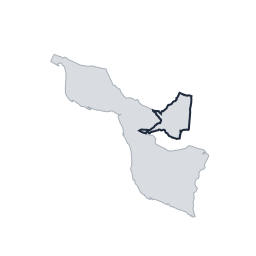 location of Tete within Mozambique, rotated 115°
{"feature_id": "MOZ-1190", "entity_name": "Tete", "entity_type": "Province", "adm_level": 1, "iso_a3": "MOZ", "parent_name": "Mozambique", "parent_adm1": "", "projection": "robinson", "projection_center": [33.352, -15.869], "detail": "medium", "context": "in_parent", "style": "outline", "palette": "slate", "viewbox_px": 256, "rotation_deg": 115, "n_neighbors": 0, "source": "natural_earth", "source_scale": "10m", "svg_char_len": 5283}
<svg xmlns="http://www.w3.org/2000/svg" viewBox="0 0 256 256"><g transform="rotate(115 128 128)"><path d="M83.8,172.8L85.2,171.6L95.0,160.0L95.6,159.6L94.8,157.7L96.1,155.4L96.2,151.9L96.6,151.4L98.1,150.2L100.1,146.6L101.4,143.8L101.6,142.5L99.7,138.7L99.2,136.7L99.7,134.9L99.9,133.3L99.7,132.7L98.5,132.1L98.4,131.3L98.4,130.5L98.6,130.0L100.0,129.2L100.3,128.8L101.4,124.4L101.0,121.0L101.0,117.2L101.3,113.3L101.2,111.1L100.3,108.5L100.2,106.7L100.8,105.4L100.9,104.6L98.8,104.2L97.7,103.1L93.6,101.5L90.4,101.2L87.7,98.6L85.7,98.2L83.0,96.4L74.7,96.0L74.4,95.8L74.0,90.1L73.7,88.3L72.7,86.3L72.4,84.9L72.4,84.0L77.1,81.9L86.1,79.0L88.1,78.0L103.6,72.3L104.0,72.6L105.6,75.6L108.1,78.9L108.8,78.5L112.5,77.9L113.0,77.5L114.1,77.2L115.4,77.0L115.9,77.2L117.3,79.3L117.7,83.2L117.8,85.8L117.6,87.6L116.5,89.8L115.7,92.5L114.5,94.0L114.5,94.7L115.9,96.4L116.2,97.0L116.1,98.5L116.3,99.0L117.5,99.9L118.3,101.2L121.7,105.2L122.5,105.9L123.2,106.1L123.6,106.8L123.4,107.7L122.8,108.3L123.1,109.0L123.7,109.6L125.2,109.5L125.4,109.2L125.3,105.8L124.8,103.7L124.1,102.8L125.5,99.0L126.2,98.0L128.7,97.6L129.8,97.2L130.3,96.8L130.7,95.6L131.0,92.2L131.1,89.1L130.9,87.3L131.2,84.5L131.8,82.8L131.5,82.5L131.3,80.1L125.1,70.9L121.5,66.7L120.9,66.3L118.9,65.9L117.9,64.4L117.0,56.1L115.7,50.1L117.8,46.1L118.5,43.6L118.9,43.2L120.7,43.0L126.9,43.1L128.4,43.4L129.1,43.1L130.8,41.6L132.1,41.6L133.9,42.6L134.9,43.4L135.0,44.2L136.2,44.6L138.5,44.7L140.1,44.3L141.1,43.4L142.2,43.0L143.3,42.9L144.2,43.2L144.7,43.9L145.8,44.4L147.5,44.6L149.2,44.2L151.2,43.1L152.3,41.9L152.9,39.9L153.2,39.7L155.9,39.5L157.4,39.9L159.3,41.1L162.5,38.9L164.5,38.1L166.4,38.1L168.0,37.6L169.3,36.5L170.6,35.9L173.2,35.1L175.1,34.0L180.1,29.7L180.6,30.9L181.6,32.1L180.3,33.3L181.5,34.1L180.6,35.3L180.5,36.1L180.9,36.9L180.3,38.3L179.6,39.3L179.4,40.1L180.0,41.5L179.7,44.0L180.7,48.2L180.4,49.5L180.6,52.8L180.2,54.0L180.8,54.4L181.1,55.7L180.8,58.0L179.7,59.0L179.6,59.9L181.0,59.9L181.0,62.8L180.8,63.6L181.1,64.6L180.7,65.7L181.1,70.2L181.2,73.6L181.2,74.1L182.4,74.7L182.4,75.6L181.6,76.8L181.7,78.6L182.5,77.1L183.0,77.1L183.5,77.7L183.5,79.7L183.7,80.7L183.6,81.6L182.2,83.2L182.1,84.9L181.6,85.1L181.3,85.5L181.7,86.4L181.7,87.2L180.7,89.8L175.9,95.8L175.8,96.9L174.6,98.8L173.3,99.1L172.5,99.6L173.1,101.3L166.7,105.6L166.1,106.2L165.1,107.7L163.0,108.6L160.7,108.7L160.3,109.0L155.2,111.0L154.2,111.9L152.0,112.8L148.6,114.9L145.8,116.9L142.6,120.0L142.2,121.6L140.7,123.7L138.4,126.3L137.1,128.4L137.0,129.3L136.2,129.6L135.5,128.7L135.2,130.4L134.7,130.5L134.1,130.2L131.2,132.0L129.1,134.0L126.1,138.0L121.8,141.8L120.8,141.9L119.4,140.5L118.7,140.4L119.8,141.9L119.7,145.1L119.2,148.9L119.2,149.7L122.1,153.7L123.5,158.4L123.6,160.8L125.0,163.8L125.6,168.5L125.5,172.8L126.2,173.5L126.4,172.8L126.6,170.1L127.0,169.4L127.3,169.5L127.7,171.0L127.8,172.5L127.3,175.9L127.4,177.3L128.2,179.6L127.3,182.2L126.0,189.6L126.3,190.0L126.9,190.2L127.2,189.4L127.6,189.4L127.8,189.9L127.2,192.8L126.7,194.0L124.8,197.1L123.8,198.5L122.1,199.8L118.1,201.8L110.1,204.8L105.1,207.1L101.1,209.9L99.4,211.7L98.7,213.8L97.3,216.0L98.5,217.9L100.0,219.2L100.7,217.0L101.1,217.0L100.4,226.1L94.9,226.3L93.3,226.0L92.5,226.0L92.4,222.2L91.7,219.3L92.0,217.3L91.9,216.2L90.7,215.5L90.4,213.3L91.1,211.6L91.1,197.5L89.1,190.7L86.5,185.8L86.3,183.3L85.2,177.9L83.8,172.8ZM119.2,49.5L119.8,49.2L119.9,48.5L119.5,48.2L119.1,48.2L118.9,49.3L119.2,49.5ZM118.7,48.3L118.2,47.8L117.8,47.9L117.7,48.3L118.1,48.9L118.5,48.9L118.7,48.3Z" fill="#d9dde1" stroke="#a8b0b8" stroke-width="1"/><path d="M74.3,96.1L74.2,91.7L74.4,91.6L73.9,90.6L74.2,89.8L73.9,89.4L73.8,88.1L73.5,87.7L73.0,87.4L72.8,86.9L72.4,85.4L72.3,83.9L73.4,83.7L75.1,82.7L78.6,81.3L84.8,79.7L87.4,78.3L103.6,72.3L104.4,72.8L104.5,74.0L104.9,74.6L105.2,74.8L106.1,76.7L107.7,78.2L108.2,79.3L108.5,79.3L108.6,78.3L109.0,78.0L109.6,78.4L109.9,78.5L111.1,77.9L112.5,78.0L112.8,77.5L113.1,77.4L113.9,77.4L115.6,76.7L115.9,76.9L116.4,78.1L117.4,79.4L117.3,80.5L117.6,81.6L117.7,83.1L118.1,83.9L117.7,84.8L117.9,87.3L117.7,88.0L117.2,88.4L117.0,89.0L116.2,89.9L116.3,91.0L116.2,91.8L115.5,92.8L115.0,93.1L114.5,93.6L114.4,94.8L114.5,95.1L115.1,95.5L116.2,96.8L116.0,98.3L116.4,99.4L116.6,99.6L117.4,99.7L118.0,100.8L118.6,101.5L118.8,101.9L119.6,102.4L120.0,103.1L120.5,103.6L120.8,104.2L121.3,104.5L121.4,105.0L121.8,105.2L122.4,105.8L123.4,105.9L123.6,106.1L123.7,107.3L123.6,107.6L122.8,108.1L122.8,108.5L123.2,109.5L125.4,109.6L125.5,111.2L125.9,112.4L125.7,112.9L125.8,113.9L125.7,116.7L124.5,116.0L123.5,114.9L123.3,114.0L121.4,109.4L120.9,107.8L120.0,106.9L118.9,106.5L116.2,104.8L114.2,104.5L113.2,103.7L112.1,103.6L111.9,103.2L111.1,102.7L109.9,100.9L108.7,101.2L107.3,101.1L106.5,101.7L106.1,102.3L106.1,103.3L105.4,104.4L104.9,104.9L104.8,105.8L104.3,106.5L103.9,108.1L103.2,108.4L102.6,109.1L102.4,110.1L102.5,110.7L101.9,111.8L101.9,112.5L101.6,112.7L101.7,112.2L101.2,111.6L101.0,110.1L99.7,107.3L100.6,106.2L101.1,104.2L100.4,104.6L99.1,104.4L98.7,104.6L98.3,104.3L98.0,103.3L94.1,101.5L93.2,101.4L91.2,101.4L90.1,101.2L89.8,100.9L89.7,100.3L89.1,99.9L88.0,98.7L86.0,98.4L85.4,98.1L84.8,98.0L84.0,97.2L83.6,96.6L83.3,96.4L81.7,96.0L81.4,96.4L81.1,96.3L80.4,96.8L79.5,96.2L79.0,96.1L74.3,96.1Z" fill="none" stroke="#1e293b" stroke-width="2"/></g></svg>